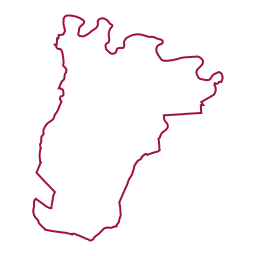 Coltau, Maramures, Romania
{"feature_id": "2599482B55109321738966", "entity_name": "Coltau", "entity_type": "district", "adm_level": 2, "iso_a3": "ROU", "parent_name": "Romania", "parent_adm1": "Maramures", "projection": "orthographic", "projection_center": [23.522, 47.593], "detail": "fine", "context": "isolated", "style": "outline", "palette": "rose", "viewbox_px": 256, "rotation_deg": 0, "n_neighbors": 0, "source": "geoboundaries", "source_scale": "gbopen_adm2", "svg_char_len": 5577}
<svg xmlns="http://www.w3.org/2000/svg" viewBox="0 0 256 256"><path d="M116.6,226.3L116.3,225.6L117.2,224.3L118.6,222.6L119.0,221.3L119.6,218.4L120.5,216.1L120.7,215.1L120.1,206.9L119.3,202.4L125.8,187.4L126.1,186.9L126.7,185.6L127.7,183.1L128.3,181.0L128.6,180.2L128.8,179.7L131.3,175.7L131.7,175.1L131.9,174.7L132.2,174.0L133.4,169.9L134.0,168.3L134.1,167.9L134.1,167.4L134.2,166.5L134.2,166.0L134.3,165.8L135.4,164.3L135.6,163.7L136.4,162.8L136.8,162.2L137.1,162.0L137.3,161.8L137.3,161.4L137.4,161.2L138.2,160.4L138.6,160.2L140.4,159.4L140.7,159.1L140.9,158.7L141.0,158.4L141.4,158.3L141.5,158.1L141.5,157.5L141.5,157.4L141.6,157.1L142.6,156.4L142.7,156.1L142.8,155.9L143.9,155.2L144.2,155.0L144.3,154.8L144.4,154.5L144.5,154.4L145.1,154.2L145.3,154.2L145.7,154.1L146.1,154.0L146.3,154.0L146.5,154.1L146.7,154.4L147.1,154.4L147.4,154.5L147.5,154.8L148.0,154.5L153.9,152.5L155.8,152.0L157.5,151.6L158.3,151.2L159.7,150.2L159.3,148.2L159.3,146.0L158.9,141.4L158.7,140.1L158.5,138.8L158.7,138.3L159.3,137.9L160.0,137.5L160.2,136.0L160.7,135.0L161.9,133.0L162.9,131.9L164.0,131.3L165.7,130.0L167.2,128.4L167.8,126.9L167.7,125.3L167.5,124.3L166.9,123.2L165.1,121.2L164.4,119.8L164.1,118.2L163.9,115.3L168.1,115.1L170.6,114.9L174.4,114.7L177.3,114.5L182.8,114.2L186.5,113.8L201.3,113.0L200.8,105.2L203.3,105.0L201.2,102.1L212.6,95.5L213.5,94.9L214.3,94.2L215.6,90.8L215.8,89.7L215.5,87.5L214.8,85.4L214.4,84.7L214.6,84.5L214.9,83.2L216.1,83.7L216.9,83.8L217.4,83.8L217.8,83.5L218.2,83.1L218.6,82.6L218.9,82.0L220.4,81.7L221.3,81.9L222.1,79.9L222.7,77.4L222.4,76.4L221.8,74.5L221.4,73.6L220.3,72.7L219.0,72.0L215.7,73.4L213.6,74.5L212.3,75.8L210.0,79.4L208.3,80.0L205.9,80.1L199.9,78.8L198.6,77.8L197.2,75.2L196.7,73.9L196.4,72.2L196.6,70.8L197.3,69.6L200.9,66.0L202.2,64.5L202.9,63.2L203.0,61.7L202.8,60.6L201.9,59.1L200.5,57.8L198.6,56.8L197.1,56.5L195.3,56.7L192.7,56.8L189.8,57.1L185.3,57.3L181.0,57.9L178.0,58.9L172.2,60.2L168.2,60.7L164.4,60.8L162.3,60.2L160.9,58.9L159.2,56.5L157.7,54.3L156.9,52.7L156.4,50.9L156.3,49.4L156.6,47.6L157.2,46.4L158.2,45.3L162.0,43.6L162.6,42.8L162.8,41.8L162.6,40.9L161.7,40.0L160.3,39.3L158.5,39.1L154.5,37.4L152.8,36.9L149.8,36.9L147.8,36.6L145.3,35.8L142.4,34.9L139.1,34.3L136.6,34.3L133.3,34.9L131.0,35.6L127.2,37.6L126.0,38.4L124.9,40.0L124.1,41.6L123.9,43.0L124.4,45.0L124.2,46.4L123.6,47.5L122.9,47.9L121.8,48.0L119.8,47.9L118.6,48.1L117.2,48.7L116.7,49.6L116.0,52.1L114.7,53.3L112.9,53.8L111.7,53.7L110.7,53.4L109.6,52.5L107.8,50.9L106.2,49.2L105.9,48.1L105.6,46.6L105.6,44.8L106.4,43.6L108.6,42.3L109.1,40.6L109.3,39.3L108.7,34.8L108.9,32.4L109.5,30.1L110.3,28.6L112.3,26.3L112.3,25.3L111.5,24.5L109.9,23.7L107.9,20.9L106.4,19.8L104.1,18.5L102.4,18.3L100.8,18.5L99.5,19.0L98.0,20.6L97.7,21.7L97.9,23.8L97.7,25.7L96.7,27.2L95.8,28.3L93.0,30.1L91.4,31.2L89.4,33.0L87.7,34.2L84.8,35.8L83.4,36.3L82.4,36.4L80.8,36.2L79.6,35.9L78.6,35.2L78.3,34.3L78.5,32.8L78.8,31.5L78.9,30.3L79.3,28.1L80.0,26.8L80.9,26.0L82.1,24.9L83.6,23.5L84.0,22.4L84.1,21.3L83.5,20.5L81.7,19.1L79.2,17.8L76.4,16.7L73.1,15.9L69.3,15.4L66.5,15.7L64.9,16.5L64.0,17.9L63.5,19.3L63.6,20.7L63.4,22.7L63.6,24.4L64.1,26.5L64.4,28.2L64.8,29.6L65.0,31.1L64.2,32.5L63.3,34.4L62.1,34.7L58.6,35.1L58.5,38.3L57.1,38.3L56.8,43.4L56.7,43.4L56.7,44.5L54.9,44.7L55.8,45.7L56.3,46.9L56.8,47.8L57.5,48.4L58.1,48.9L59.1,49.0L60.1,49.0L61.1,49.8L61.9,51.3L62.4,52.7L62.7,54.9L63.1,56.9L63.5,60.8L63.6,63.3L63.2,64.2L63.1,64.8L63.3,65.8L64.2,66.8L65.0,67.4L65.9,68.5L66.4,69.5L66.4,70.8L66.2,71.5L66.1,72.3L65.5,73.2L64.7,74.1L64.7,76.1L64.3,77.2L64.4,78.1L64.3,78.8L63.8,79.7L62.7,80.6L61.7,81.5L61.1,82.8L60.5,84.2L59.8,85.9L58.9,88.2L59.3,88.1L60.1,88.1L60.3,88.2L60.4,88.6L60.7,88.9L61.3,89.2L61.9,89.2L62.6,89.5L63.0,90.2L63.2,91.1L63.5,93.8L63.4,95.1L63.2,95.4L62.7,95.7L62.3,95.9L61.4,96.2L60.6,96.7L60.1,97.4L59.9,98.6L60.0,99.5L60.7,100.3L61.5,101.6L59.7,105.5L58.3,109.3L57.5,110.8L56.5,112.5L55.5,113.8L55.0,114.5L54.5,115.7L54.3,116.6L54.0,117.5L53.6,118.4L52.9,119.4L52.2,120.1L50.6,121.2L49.5,121.9L49.3,122.1L48.1,122.8L46.4,124.6L45.4,126.0L43.9,128.7L43.5,129.8L43.3,131.2L43.3,132.1L43.4,132.4L43.6,133.2L43.7,133.5L43.6,133.9L43.1,134.7L42.7,135.1L42.5,135.5L42.1,135.8L41.8,136.4L41.5,136.5L41.3,137.4L41.2,141.6L41.0,142.7L40.9,143.1L40.4,143.6L40.2,143.9L40.1,144.7L40.1,145.2L40.3,146.3L40.5,147.4L40.8,148.3L40.5,148.5L40.4,149.3L40.1,150.4L39.8,153.1L39.6,155.0L39.6,157.1L39.7,157.8L40.1,159.8L40.1,161.8L40.4,162.0L40.9,162.2L37.9,169.2L37.3,170.8L36.7,172.1L36.5,172.5L37.5,173.7L44.3,181.1L50.3,187.2L54.9,192.1L54.5,193.1L53.4,195.2L52.4,201.0L52.3,202.1L51.7,205.2L51.3,208.1L50.6,208.1L50.0,208.0L48.8,207.7L47.3,207.0L46.0,206.3L45.4,206.0L44.9,205.3L43.2,204.1L39.0,201.1L35.7,198.8L35.2,199.3L34.4,200.7L34.1,201.4L34.0,203.5L34.0,206.1L33.9,207.2L33.4,209.2L33.3,210.3L33.3,211.5L33.5,213.0L33.9,214.6L35.0,217.0L35.4,217.5L37.5,219.7L38.0,220.4L38.4,221.1L38.6,221.7L38.6,222.3L38.8,222.8L39.0,223.2L39.8,224.2L41.0,225.3L42.5,226.9L43.1,227.5L44.1,228.2L44.8,229.0L45.0,229.6L47.1,230.1L53.6,231.3L66.3,232.9L71.8,234.4L71.8,233.9L73.9,233.7L74.4,233.8L74.8,233.9L77.3,235.1L78.7,235.4L79.3,235.6L79.9,235.9L80.5,236.1L81.1,236.4L81.5,236.7L82.2,237.1L82.9,237.2L84.5,238.0L85.0,238.3L86.3,238.8L88.1,239.3L89.1,240.0L89.8,240.5L90.2,240.6L92.0,240.0L92.8,239.6L93.3,239.2L93.5,238.6L93.8,238.1L94.3,237.4L96.0,235.8L97.2,235.1L98.1,234.4L100.1,232.5L102.8,229.6L103.8,228.7L104.8,228.1L107.0,227.6L108.0,227.5L108.7,227.6L109.1,227.7L110.0,227.8L111.3,227.8L113.3,227.0L114.9,226.6L116.6,226.3Z" fill="none" stroke="#9f1239" stroke-width="2"/></svg>